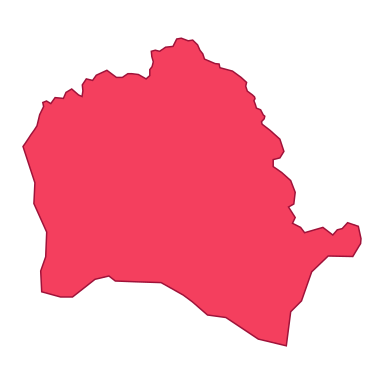 the district of Tropojë, Kukës, Albania
{"feature_id": "67620474B51082079967557", "entity_name": "Tropojë", "entity_type": "district", "adm_level": 2, "iso_a3": "ALB", "parent_name": "Albania", "parent_adm1": "Kukës", "projection": "equal_earth", "projection_center": [20.083, 42.368], "detail": "fine", "context": "isolated", "style": "filled", "palette": "rose", "viewbox_px": 384, "rotation_deg": 0, "n_neighbors": 0, "source": "geoboundaries", "source_scale": "gbopen_adm2", "svg_char_len": 1517}
<svg xmlns="http://www.w3.org/2000/svg" viewBox="0 0 384 384"><path d="M361.0,238.7L358.3,226.3L347.6,222.7L342.2,228.6L337.3,229.8L332.8,235.0L322.9,227.4L304.6,232.7L300.6,227.4L292.5,223.3L295.2,217.5L288.5,207.0L293.8,204.0L295.2,192.3L290.7,180.6L281.7,172.5L273.2,166.6L273.2,159.6L279.9,157.9L283.9,151.4L279.9,139.2L270.1,130.4L262.1,124.2L261.5,121.7L264.2,118.8L264.8,116.2L263.3,115.0L260.6,109.8L256.4,108.1L255.4,104.6L253.9,100.7L255.0,98.7L254.5,96.9L252.4,94.9L247.3,91.1L245.7,86.2L246.6,82.4L241.1,77.4L232.5,71.1L219.9,67.7L219.1,64.0L215.1,63.6L204.5,59.1L202.8,53.9L199.9,50.2L197.6,44.9L192.7,40.1L188.2,40.8L181.3,38.2L176.7,39.0L173.0,46.4L165.6,47.2L159.6,51.3L155.3,50.2L151.3,51.3L151.8,56.5L153.3,61.8L152.1,66.6L149.8,69.6L149.8,75.6L146.1,78.9L138.4,74.5L131.8,73.7L127.8,73.7L122.4,77.4L116.4,77.4L106.9,70.3L96.3,75.2L92.6,80.4L86.3,78.9L82.3,84.9L82.9,90.9L82.0,96.5L78.6,95.0L71.7,89.0L66.0,92.4L63.4,98.4L55.1,97.6L50.8,103.6L46.5,101.0L42.8,102.5L43.6,106.6L39.7,114.6L37.0,125.8L34.3,130.0L31.3,134.2L31.2,134.3L28.4,138.6L25.4,143.1L23.0,146.5L34.9,182.8L33.9,203.6L46.7,232.1L45.7,256.8L40.7,271.0L41.7,291.8L60.6,297.0L72.5,297.0L95.0,279.3L108.9,276.0L115.3,281.0L136.3,281.8L161.1,282.6L183.3,295.1L192.2,301.7L207.5,315.0L225.9,317.5L258.3,339.1L286.3,345.8L290.7,311.7L301.5,300.9L307.3,284.3L311.7,271.8L328.2,256.0L352.8,256.5L355.5,252.0L357.3,249.0L358.2,247.5L358.6,246.8L360.6,243.6L360.8,241.0L361.0,238.7Z" fill="#f43f5e" stroke="#9f1239" stroke-width="1.5"/></svg>